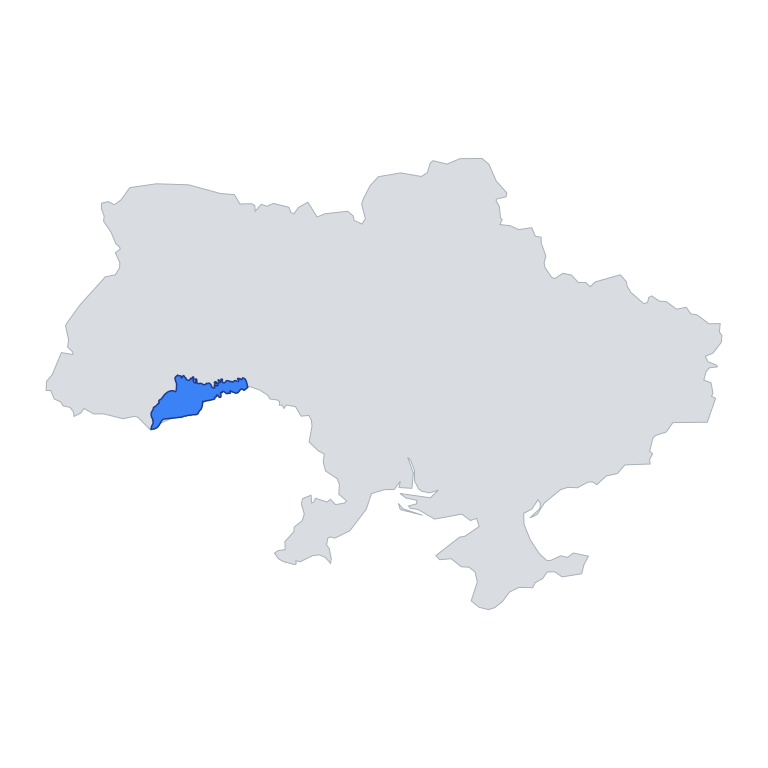 Chernivtsi highlighted on a map of Ukraine
{"feature_id": "UKR-288", "entity_name": "Chernivtsi", "entity_type": "Region", "adm_level": 1, "iso_a3": "UKR", "parent_name": "Ukraine", "parent_adm1": "", "projection": "mercator", "projection_center": [26.206, 48.196], "detail": "fine", "context": "in_parent", "style": "filled", "palette": "blue", "viewbox_px": 768, "rotation_deg": 0, "n_neighbors": 0, "source": "natural_earth", "source_scale": "10m", "svg_char_len": 7818}
<svg xmlns="http://www.w3.org/2000/svg" viewBox="0 0 768 768"><path d="M530.2,539.7L539.2,553.4L546.6,560.4L550.3,560.6L560.7,555.8L567.4,557.4L573.4,553.0L588.5,556.2L583.9,564.8L581.7,573.7L562.1,576.9L554.8,571.8L547.1,572.0L542.8,578.4L535.2,582.7L532.7,587.7L518.8,587.4L509.5,592.0L502.4,601.6L494.6,607.7L488.4,609.6L478.9,607.2L471.2,600.8L477.3,582.1L475.1,572.0L469.0,567.2L461.3,566.8L451.2,558.7L439.7,559.7L435.8,555.7L459.6,537.1L464.8,536.3L479.2,526.5L476.6,518.4L470.4,520.5L461.9,514.1L434.6,519.1L418.1,509.5L410.4,508.3L408.4,506.0L416.4,503.9L417.0,500.3L406.0,498.0L400.0,493.5L430.3,497.8L438.4,490.1L430.0,492.9L421.5,491.2L418.4,488.7L414.6,480.9L414.4,470.0L410.6,460.4L407.7,457.3L413.4,473.1L411.9,488.3L399.1,487.5L400.3,481.3L394.3,489.4L384.3,489.7L371.5,493.6L366.3,509.2L349.8,530.8L334.9,538.1L329.8,536.9L327.6,538.6L326.6,545.2L329.2,548.4L331.3,558.9L330.5,563.4L325.4,557.4L319.2,554.8L312.4,555.7L300.1,561.8L295.8,560.7L296.2,563.8L295.1,564.7L283.4,561.6L278.4,558.7L274.5,553.2L278.1,550.6L285.2,549.6L284.9,541.6L293.9,531.6L294.2,527.0L302.1,520.9L304.3,514.1L301.4,504.0L302.5,498.7L311.0,495.2L311.7,503.0L313.6,502.3L315.5,498.3L327.1,502.0L330.6,499.3L335.5,504.6L344.4,503.1L346.5,500.7L338.8,494.3L339.4,484.2L337.0,478.5L325.5,471.0L323.2,462.0L324.3,454.1L318.4,450.9L309.1,442.0L312.0,426.1L311.4,420.0L308.7,415.4L301.2,416.2L295.5,406.7L286.4,405.0L283.9,408.4L282.4,405.2L279.3,405.3L279.5,401.5L277.4,400.0L269.8,399.0L267.9,395.4L259.7,390.0L249.5,386.5L244.1,390.0L241.6,389.1L237.5,392.5L223.2,391.6L214.6,398.8L202.8,402.0L201.8,407.1L197.5,413.9L171.2,418.5L160.2,423.4L156.6,427.7L149.8,429.3L138.0,417.3L134.4,416.4L122.9,418.7L103.8,413.9L94.0,414.0L83.9,408.5L80.7,413.1L74.1,416.4L73.3,411.8L70.0,407.3L63.0,405.9L60.7,401.9L54.3,399.0L50.7,390.5L46.1,390.6L46.5,381.4L52.2,374.7L61.4,352.6L72.7,354.5L72.9,352.1L67.6,347.0L68.6,339.8L65.5,325.7L67.7,321.9L80.1,304.8L105.4,276.8L115.2,274.9L119.6,267.8L119.8,262.7L115.4,252.7L120.2,249.1L119.8,247.5L115.7,243.4L111.1,232.3L103.6,221.3L104.2,216.2L101.4,208.8L101.5,203.2L108.4,201.6L114.4,204.7L121.0,199.9L129.8,187.6L156.3,183.8L188.6,184.8L220.4,193.5L234.3,194.6L240.0,204.0L251.5,203.7L254.8,205.5L255.2,211.2L261.2,204.3L266.9,206.3L273.4,203.4L289.0,207.3L290.8,212.5L293.9,213.9L298.4,207.5L307.9,202.2L317.1,217.0L324.8,213.8L347.6,211.2L353.2,215.9L354.1,220.4L362.0,224.0L365.4,218.6L361.6,204.1L363.5,198.5L370.0,185.9L378.4,176.7L400.7,172.9L421.3,176.5L427.3,172.6L430.3,162.9L433.1,160.7L447.0,164.1L459.8,158.7L481.9,158.4L488.9,164.2L496.1,180.8L506.8,192.9L506.1,196.8L496.4,199.1L496.2,201.1L499.4,206.6L500.5,218.1L502.2,219.5L499.9,224.6L510.3,225.7L518.6,229.6L531.8,227.7L535.3,236.2L541.1,237.3L541.2,242.9L545.9,256.1L544.1,263.0L544.8,267.2L551.6,277.3L554.7,278.6L562.8,273.3L571.3,275.0L578.4,282.5L585.7,282.5L590.2,286.7L595.5,281.8L620.4,274.8L626.4,281.8L627.2,286.4L631.0,292.6L643.8,303.6L647.6,302.5L648.7,297.5L651.8,295.9L659.0,301.0L666.4,301.7L676.6,309.2L686.2,307.3L691.0,314.0L697.0,314.8L708.9,323.8L720.2,323.6L719.4,332.0L721.9,335.6L721.3,342.3L713.0,353.1L705.4,356.3L707.9,361.7L716.8,365.3L717.3,366.9L709.4,367.8L706.1,371.7L703.8,380.1L711.0,382.8L713.0,393.2L711.5,396.4L715.6,398.3L707.3,422.2L672.9,422.6L666.1,432.1L655.9,435.3L652.9,438.1L649.6,451.3L652.6,453.8L649.6,459.4L650.1,464.0L624.9,464.9L617.3,473.6L606.3,475.9L596.8,484.7L592.8,482.0L587.9,482.1L577.4,487.8L567.9,487.3L560.5,489.7L544.4,502.9L537.1,514.5L529.9,517.9L539.9,508.5L540.4,503.5L538.0,499.7L531.8,509.1L523.7,513.3L524.0,524.3L530.2,539.7ZM422.4,515.2L400.3,509.6L398.3,503.4L403.1,508.8L422.4,515.2Z" fill="#d9dde1" stroke="#a8b0b8" stroke-width="1"/><path d="M214.6,398.9L213.4,399.4L208.7,400.5L208.1,400.6L206.3,400.7L205.7,400.9L204.4,401.5L203.8,401.7L203.1,401.7L202.8,401.5L202.5,403.4L202.5,404.7L202.1,406.4L201.5,408.2L201.0,409.4L200.5,409.9L199.5,410.8L199.1,411.4L198.2,413.3L197.9,413.8L196.1,414.7L195.2,414.7L192.5,414.7L190.1,415.4L188.3,415.2L187.7,415.4L186.5,415.9L184.5,416.1L182.1,417.1L163.6,419.1L162.0,420.3L158.4,426.3L156.8,427.8L154.5,428.9L151.6,429.4L151.1,429.5L151.1,429.4L151.1,428.8L151.1,428.5L151.3,427.2L153.1,423.1L153.2,422.6L153.2,422.4L153.2,422.2L153.2,421.8L153.1,421.6L152.8,420.9L152.7,420.5L152.7,420.3L152.7,419.1L152.6,418.9L152.6,418.7L152.4,418.4L151.8,417.7L151.7,417.5L151.7,417.3L151.4,416.4L151.3,416.0L151.2,415.1L151.1,414.0L151.1,413.8L151.1,413.6L151.2,413.1L151.3,412.7L153.0,409.5L153.2,409.0L153.4,408.1L153.4,407.8L153.6,407.6L153.8,407.3L154.5,406.8L154.8,406.6L155.5,406.4L155.8,406.2L157.8,403.9L158.2,403.6L158.5,403.5L158.8,403.4L159.1,403.2L159.1,402.8L158.9,402.4L158.8,402.2L158.8,401.8L158.8,401.3L158.8,401.1L158.9,400.9L158.9,400.7L159.1,400.4L159.4,400.1L159.9,399.7L160.4,399.4L160.9,399.3L161.2,399.0L164.8,394.3L167.7,392.0L169.1,391.4L170.6,390.9L172.3,390.7L173.1,390.8L173.5,390.9L174.3,391.2L174.6,391.4L175.0,391.5L175.4,391.6L175.6,391.5L175.8,391.3L176.0,391.0L176.1,390.5L176.4,389.1L176.6,384.0L176.5,383.4L175.5,380.7L175.1,379.1L175.0,378.4L175.0,378.1L175.1,377.8L175.3,377.4L175.5,377.1L175.8,376.7L176.3,376.3L177.7,375.1L178.2,375.5L179.0,375.8L180.7,375.9L181.0,376.2L181.3,377.6L181.7,377.9L182.1,377.7L182.3,377.3L182.3,376.8L182.6,376.3L183.6,375.6L184.2,376.1L184.6,377.0L185.3,377.5L186.1,378.5L186.2,378.9L186.2,379.4L186.2,379.5L188.0,380.3L188.7,380.3L189.3,380.2L189.9,379.8L190.4,378.7L190.8,378.2L191.8,378.7L192.1,378.7L192.3,378.4L192.4,377.4L192.6,377.1L193.2,376.9L193.6,377.2L193.7,378.0L193.6,379.1L193.6,378.7L193.3,380.5L193.3,381.2L193.8,382.0L194.4,382.6L195.1,382.9L195.8,382.9L196.2,382.2L195.6,381.3L195.3,380.7L195.2,380.0L195.2,379.2L195.3,379.0L196.4,379.1L196.8,379.8L196.8,381.4L197.0,383.0L198.2,383.7L200.3,383.3L201.0,383.4L201.5,383.5L202.4,384.1L203.6,384.6L204.7,384.7L205.7,384.3L206.5,383.3L207.2,383.6L209.0,383.1L209.7,383.5L210.7,384.4L211.0,384.9L211.6,386.5L212.1,387.2L212.6,387.7L213.3,387.9L214.1,388.0L214.7,387.6L214.2,385.7L214.5,384.9L214.9,384.8L215.2,385.1L215.4,385.5L215.5,385.7L215.9,385.7L217.2,385.7L218.0,385.4L217.8,384.9L217.2,384.2L216.6,383.7L215.1,383.4L214.4,383.0L214.4,382.4L215.1,381.7L216.0,381.9L217.3,383.0L217.9,383.2L218.5,383.3L218.9,382.9L219.1,382.0L219.0,381.6L218.3,380.8L218.1,380.4L218.3,379.9L218.7,379.9L219.2,380.2L219.4,380.8L219.5,381.8L219.9,382.4L220.4,382.4L220.9,381.4L221.0,380.8L220.8,380.0L220.9,379.5L221.3,379.1L221.7,379.1L222.1,379.2L222.5,379.5L222.3,380.6L222.5,381.8L223.0,382.6L223.6,383.0L224.6,382.8L225.1,382.3L225.5,381.7L226.1,381.0L226.9,380.6L227.7,380.7L229.1,381.0L229.6,381.6L229.8,381.8L230.0,381.7L230.3,381.4L230.8,381.4L231.6,381.7L233.2,381.9L233.5,381.8L233.8,381.5L234.2,380.8L234.4,380.6L235.7,380.6L236.1,380.7L237.0,381.3L237.4,381.4L237.8,381.4L238.2,381.3L238.5,381.0L238.7,380.6L238.8,379.8L238.5,379.6L238.1,379.5L237.8,379.3L237.7,378.5L238.5,378.4L240.0,378.7L240.4,379.0L240.7,379.3L241.0,379.5L241.5,379.5L241.9,379.1L242.4,378.2L242.8,377.9L244.3,378.4L245.4,379.4L246.1,380.9L246.7,382.6L247.5,386.3L247.8,386.8L247.0,388.0L244.7,389.9L244.1,390.3L243.6,390.1L242.5,389.1L241.8,388.9L240.4,389.6L238.4,392.1L238.2,392.4L236.8,393.1L235.5,393.1L231.5,391.5L230.7,391.0L230.3,390.9L229.9,391.1L229.9,391.5L230.0,392.0L230.0,392.3L230.0,392.6L230.1,392.9L230.2,393.2L230.0,393.3L229.5,393.2L229.1,393.3L228.8,393.1L228.6,393.0L228.2,393.4L226.8,393.7L225.5,392.9L224.3,391.8L223.0,391.3L222.6,391.4L222.5,391.8L222.4,392.2L222.0,392.5L221.8,392.5L221.2,392.3L220.6,392.8L220.6,393.3L220.8,394.0L221.0,395.1L221.0,396.2L220.9,396.9L220.4,397.3L219.7,397.4L219.0,397.0L218.5,396.4L218.1,395.7L217.6,395.2L216.9,394.9L216.7,395.3L216.5,396.1L215.3,396.9L214.8,397.5L214.6,398.4L214.6,398.9Z" fill="#3b82f6" stroke="#1e3a8a" stroke-width="1.5"/></svg>